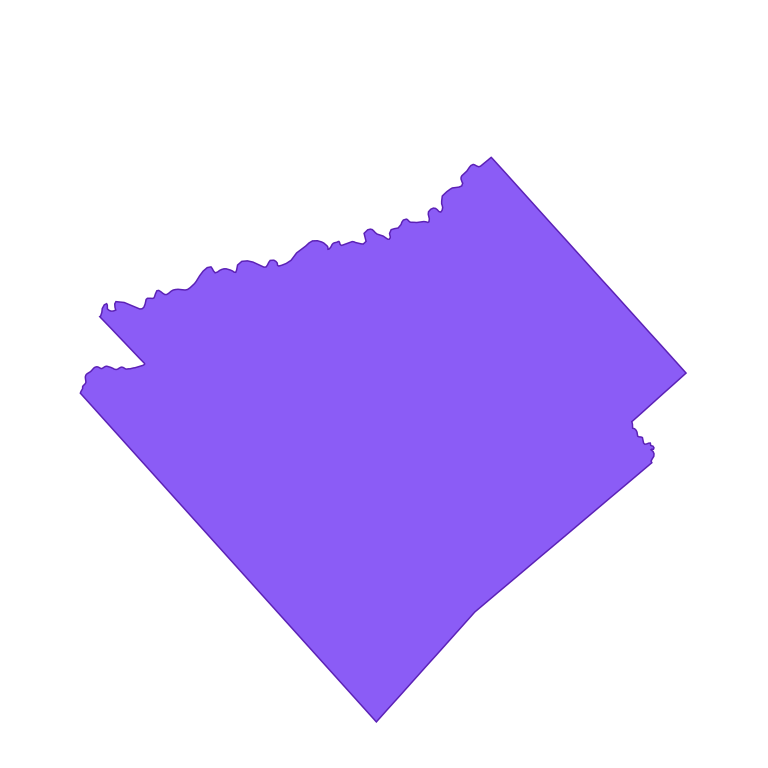 the border of Arkansas, rotated 228°
{"feature_id": "USA-3528", "entity_name": "Arkansas", "entity_type": "State", "adm_level": 1, "iso_a3": "USA", "parent_name": "United States of America", "parent_adm1": "", "projection": "equal_earth", "projection_center": [-91.2, 34.755], "detail": "fine", "context": "isolated", "style": "filled", "palette": "violet", "viewbox_px": 768, "rotation_deg": 228, "n_neighbors": 0, "source": "natural_earth", "source_scale": "10m", "svg_char_len": 4299}
<svg xmlns="http://www.w3.org/2000/svg" viewBox="0 0 768 768"><g transform="rotate(228 384 384)"><path d="M567.0,350.1L567.3,350.7L570.4,354.8L570.3,360.4L566.9,364.9L562.3,368.2L551.1,373.0L549.9,374.7L550.4,377.0L551.5,379.7L552.0,382.1L550.6,383.9L549.7,385.0L547.5,385.7L545.3,385.6L543.4,384.3L542.1,384.7L540.7,387.4L539.0,392.0L538.1,397.7L539.9,406.8L538.9,418.1L539.0,422.7L538.2,426.6L535.0,430.4L531.3,432.7L529.0,433.6L524.8,434.1L523.7,434.0L522.8,433.5L521.6,432.5L521.1,433.2L521.1,434.4L521.4,436.3L522.4,438.8L522.5,440.4L522.2,441.5L520.8,444.0L520.5,445.4L520.0,445.9L519.0,445.7L517.4,444.9L516.1,444.9L515.4,445.2L515.0,446.0L511.1,455.7L509.8,456.8L508.2,457.5L503.3,460.9L501.9,462.3L502.0,466.1L509.3,470.0L509.5,475.1L508.2,477.5L506.6,478.6L504.6,478.8L502.3,478.8L500.0,479.2L495.7,481.7L494.4,482.4L489.0,483.7L488.1,484.7L488.5,486.5L489.5,487.4L490.8,488.0L492.2,488.9L493.9,492.6L492.4,495.8L490.5,498.8L491.1,503.4L492.3,505.5L492.9,508.1L491.6,510.9L490.6,511.4L487.9,511.5L486.7,511.8L485.8,512.6L483.6,515.0L483.0,515.5L482.1,516.4L478.1,522.3L476.3,523.8L474.7,524.7L474.5,526.0L476.4,528.2L480.6,530.5L482.2,532.3L482.6,535.6L481.7,538.4L480.0,539.8L477.8,540.2L475.4,540.2L473.8,541.2L474.2,543.4L475.8,545.6L477.4,546.6L479.3,547.4L481.3,549.2L484.7,553.1L484.8,555.5L484.9,559.4L484.5,563.4L484.0,565.9L480.2,571.4L479.2,574.3L480.6,576.9L481.7,577.1L484.8,578.4L486.1,579.7L486.7,581.3L486.8,588.0L487.9,592.5L488.2,594.8L487.5,597.2L486.2,598.0L484.1,598.7L482.1,599.7L481.3,601.3L480.7,615.3L479.3,615.4L461.2,615.5L443.2,615.5L425.1,615.5L407.0,615.5L388.9,615.5L370.8,615.6L352.7,615.6L334.7,615.6L316.6,615.6L298.5,615.7L280.4,615.7L262.3,615.7L244.2,615.7L226.2,615.8L208.1,615.8L190.0,615.8L190.0,599.8L190.1,583.7L190.1,567.7L190.1,551.7L190.2,543.0L190.2,542.9L189.2,542.5L187.7,541.6L184.8,539.2L183.0,540.3L180.9,540.4L178.9,539.8L175.5,537.6L174.0,538.2L172.7,539.5L171.3,540.2L166.4,537.4L164.7,537.5L163.7,539.1L162.9,541.2L161.9,542.4L159.9,541.1L157.7,542.3L155.9,541.9L155.2,540.6L156.5,539.2L156.5,538.4L153.9,538.8L151.5,538.0L149.7,536.1L148.9,533.3L148.0,530.9L146.3,530.4L147.2,501.3L148.2,472.3L149.1,443.3L150.0,414.4L151.0,385.5L151.9,356.6L152.9,327.8L153.8,299.0L151.8,280.6L149.8,262.2L147.8,243.8L145.9,225.4L143.9,207.1L141.9,188.8L140.0,170.5L138.0,152.2L165.2,152.2L192.4,152.2L219.7,152.2L246.9,152.2L274.1,152.2L301.3,152.2L328.5,152.2L355.8,152.2L383.0,152.2L410.2,152.2L437.4,152.2L441.2,152.2L464.6,152.2L491.9,152.2L519.1,152.2L546.3,152.2L573.5,152.2L580.4,152.2L580.5,152.5L580.7,152.8L581.2,153.8L582.2,156.8L582.5,157.2L582.9,157.6L583.4,157.9L583.7,158.3L583.9,158.8L584.0,159.4L584.1,161.5L584.2,162.2L584.4,162.9L584.7,163.5L585.1,163.9L588.3,166.1L588.8,166.5L589.3,167.0L589.6,167.5L589.9,168.0L590.2,168.7L590.3,169.4L590.3,170.1L590.2,170.9L589.6,174.1L589.6,174.9L590.0,178.8L590.0,179.5L589.9,180.1L589.7,180.8L589.4,181.3L589.1,181.9L588.7,182.3L588.2,182.7L587.7,183.0L585.2,183.9L584.7,184.2L584.3,184.7L584.1,185.3L583.7,187.9L583.5,188.6L583.2,189.2L582.9,189.7L582.4,190.1L579.3,192.0L577.1,193.0L575.8,193.4L575.3,193.6L574.3,194.4L573.9,194.8L573.5,195.4L573.3,196.0L573.1,196.7L573.0,197.9L572.8,198.6L572.6,199.3L572.4,199.9L572.0,200.4L571.5,200.8L571.0,201.1L570.4,201.4L568.5,201.9L567.9,202.2L567.5,202.5L567.1,203.0L566.4,204.1L565.2,205.5L563.6,208.5L562.7,209.8L559.2,217.2L558.9,218.4L558.9,219.0L559.0,219.5L559.6,219.8L566.9,219.5L581.0,219.1L595.2,218.7L609.4,218.3L623.6,217.8L623.8,217.9L624.1,217.9L624.3,217.9L624.1,218.8L626.0,222.2L628.6,225.1L630.0,229.1L629.3,231.6L627.8,231.2L624.9,228.7L622.7,229.0L620.8,229.9L619.4,231.6L618.4,234.1L621.0,235.4L623.7,237.5L624.6,239.9L618.4,245.5L603.2,252.7L601.8,254.5L601.7,256.8L603.2,259.9L606.0,263.8L606.0,265.5L604.2,267.6L602.6,269.1L601.9,270.4L602.4,271.9L603.9,274.4L605.3,277.6L604.3,279.2L602.0,279.9L599.5,280.3L597.1,281.0L595.9,282.4L595.5,284.6L595.4,288.0L594.9,290.2L593.7,292.3L592.2,294.3L586.9,299.1L585.7,301.2L585.3,304.2L585.4,310.3L585.9,313.0L587.8,319.5L588.9,325.1L588.8,330.5L586.8,333.8L584.7,333.6L582.0,332.9L579.6,332.9L578.6,335.2L578.4,337.8L577.7,340.1L576.7,342.1L575.2,343.8L571.5,346.1L569.2,347.1L567.3,347.5L566.2,348.5L567.0,350.1Z" fill="#8b5cf6" stroke="#5b21b6" stroke-width="1.5"/></g></svg>